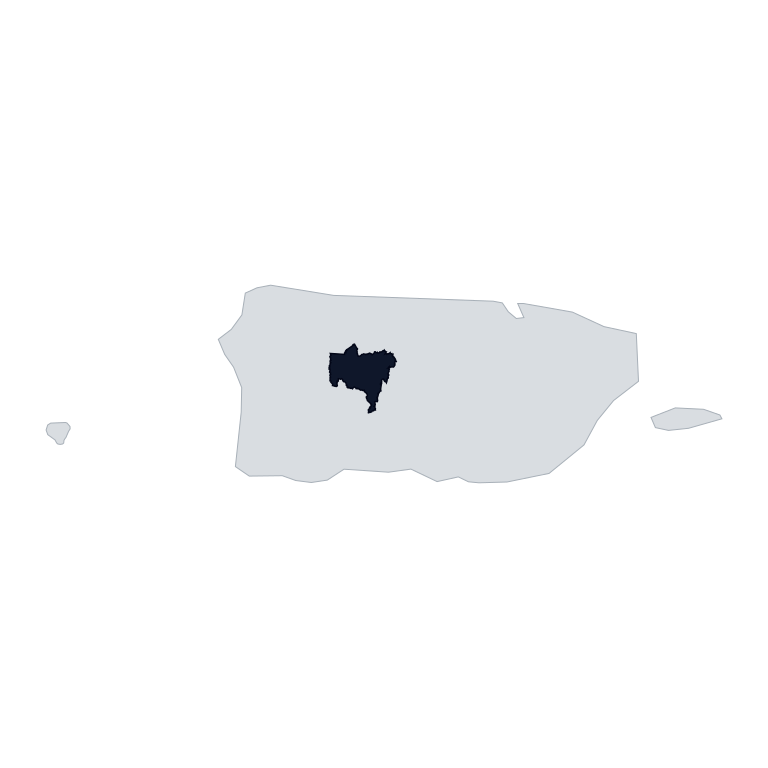 location of Utuado, Puerto Rico
{"feature_id": "32010507B18801000784875", "entity_name": "Utuado", "entity_type": "district", "adm_level": 2, "iso_a3": "PRI", "parent_name": "Puerto Rico", "parent_adm1": "", "projection": "equal_earth", "projection_center": [-66.695, 18.25], "detail": "fine", "context": "in_parent", "style": "filled", "palette": "ink", "viewbox_px": 768, "rotation_deg": 0, "n_neighbors": 0, "source": "geoboundaries", "source_scale": "gbopen_adm2", "svg_char_len": 5889}
<svg xmlns="http://www.w3.org/2000/svg" viewBox="0 0 768 768"><path d="M508.3,311.8L516.3,318.5L523.9,317.6L517.7,303.5L523.4,303.5L572.4,312.1L603.9,326.6L636.3,333.6L638.5,381.3L613.6,400.5L597.3,420.4L584.0,444.9L549.1,473.4L507.0,482.0L479.0,482.8L468.5,481.8L458.3,476.9L437.1,481.6L410.9,469.1L388.5,472.2L344.0,469.2L327.3,480.1L311.3,482.5L295.7,480.5L282.3,475.7L249.3,476.1L235.4,466.6L241.2,412.2L241.7,387.6L233.6,367.2L224.7,354.4L218.3,339.3L231.3,329.4L241.9,314.9L245.3,293.1L257.0,287.8L270.6,285.2L333.7,295.4L493.2,301.2L502.3,302.9L508.3,311.8ZM688.5,428.3L668.5,430.4L655.4,427.6L651.0,417.4L675.3,407.9L703.6,409.3L719.9,415.0L721.9,418.8L688.5,428.3ZM62.6,444.0L60.2,444.4L57.8,444.0L56.7,443.0L55.0,439.9L47.8,434.7L46.1,430.0L47.7,425.0L50.7,423.1L65.5,422.5L67.0,423.0L70.0,426.5L70.1,428.9L68.6,431.3L66.0,437.3L64.9,438.8L64.0,440.3L63.7,443.0L62.6,444.0Z" fill="#d9dde1" stroke="#a8b0b8" stroke-width="1"/><path d="M386.3,351.9L385.6,351.7L385.1,351.3L384.9,350.8L384.3,350.7L384.2,350.2L383.8,350.6L383.2,350.6L382.6,351.0L381.9,351.8L380.7,352.0L379.9,351.9L379.8,352.3L379.2,352.8L378.8,352.8L378.1,353.1L377.3,352.3L377.1,352.6L376.4,352.7L375.7,352.4L375.3,351.8L374.7,351.8L374.4,352.2L374.2,353.1L373.7,353.7L373.4,354.0L372.3,354.4L372.1,354.7L371.7,354.0L371.0,353.8L370.3,353.5L369.8,353.1L368.9,353.4L367.9,354.1L367.2,353.9L366.9,354.4L366.3,354.3L365.6,354.6L365.4,354.6L365.0,354.1L364.7,354.2L363.6,353.9L362.9,354.4L361.8,354.5L361.3,355.0L360.8,355.7L360.3,355.8L359.8,356.2L359.6,356.2L358.5,356.3L358.1,356.1L358.0,355.5L357.6,354.8L357.4,353.6L357.1,353.4L357.0,352.9L357.2,352.1L357.0,351.2L356.7,350.6L356.8,350.1L357.3,349.5L357.5,348.9L357.3,348.6L356.5,347.8L354.7,344.5L354.5,344.9L353.7,345.2L353.3,344.5L352.8,345.0L352.4,345.8L352.0,346.3L351.3,346.6L350.7,347.1L349.1,348.1L348.6,348.7L348.1,348.8L347.9,348.9L347.5,349.6L346.9,349.9L346.7,349.8L346.6,350.5L345.9,350.5L345.6,351.3L345.7,352.1L345.3,351.8L345.0,352.6L344.6,352.9L344.5,354.4L340.8,354.2L338.5,354.0L338.3,354.0L330.4,353.5L330.6,353.9L330.6,354.6L331.0,355.2L329.9,356.5L330.0,356.7L330.1,357.4L330.7,357.9L330.5,358.4L330.6,359.7L330.9,360.4L330.2,360.7L330.1,361.4L330.3,362.1L330.2,363.1L330.6,363.0L330.5,363.3L330.3,363.6L330.2,364.3L330.2,364.6L329.9,365.2L329.6,365.3L329.3,365.9L329.3,366.5L329.0,366.6L329.6,366.7L329.3,367.3L329.6,367.4L329.3,368.1L329.1,368.2L329.2,368.7L329.2,369.2L330.0,369.1L330.1,369.7L329.9,369.8L330.0,370.9L329.7,371.5L329.6,372.2L330.5,372.9L330.3,373.7L330.6,374.3L330.3,374.4L329.9,375.2L330.3,376.3L330.3,377.1L330.4,377.5L330.1,377.6L330.1,378.5L330.2,379.0L330.1,379.5L330.0,380.7L330.4,380.7L330.8,381.0L330.8,381.4L331.0,381.9L330.9,382.2L331.8,383.2L332.5,383.7L332.6,384.0L332.5,385.5L333.2,385.5L333.6,385.8L334.1,386.0L334.5,385.8L334.9,386.2L335.2,386.1L336.1,386.5L336.8,386.3L337.3,385.6L337.0,384.2L336.9,383.7L337.1,383.1L336.9,382.9L337.1,382.1L336.8,382.1L336.9,381.3L337.2,380.9L337.8,380.9L338.0,381.3L338.3,381.0L338.2,380.1L338.4,379.8L338.4,378.7L339.8,378.8L340.4,379.2L340.8,379.2L341.4,378.6L341.6,378.6L342.7,379.7L342.6,380.0L343.1,381.1L343.5,381.4L343.7,381.7L344.7,381.6L345.3,382.4L346.0,382.9L346.1,384.0L346.4,384.5L346.7,384.7L346.8,385.1L346.5,385.3L347.0,385.7L347.1,386.3L347.0,387.0L347.5,387.3L348.1,387.2L348.2,387.9L348.8,387.7L349.4,387.7L350.2,388.3L350.8,388.3L351.5,388.2L352.0,388.5L352.5,388.8L353.3,387.6L354.3,387.0L354.9,387.2L355.7,387.8L356.2,388.7L356.7,388.6L357.4,388.3L357.8,388.8L358.4,388.6L358.5,388.8L359.1,389.0L359.7,389.6L360.0,389.6L360.5,390.1L362.2,390.0L362.5,390.4L363.5,390.6L364.1,390.1L364.4,390.4L364.6,391.8L365.5,392.3L365.9,392.7L367.3,394.5L367.4,395.1L367.3,395.7L367.0,396.4L366.3,396.9L366.4,397.9L367.1,399.3L367.2,399.9L367.5,400.7L368.0,400.9L368.6,401.8L369.4,402.1L369.7,402.7L370.1,402.9L370.8,404.1L371.0,404.0L371.5,404.3L371.5,405.3L370.9,405.9L370.8,406.8L370.3,407.1L370.0,407.0L369.7,407.3L370.1,407.7L370.1,408.3L369.4,408.7L368.4,409.6L368.4,410.6L368.6,411.1L368.7,411.7L368.5,411.9L368.4,412.7L368.8,412.8L369.7,412.0L370.1,412.1L370.3,412.3L371.7,411.8L372.0,411.2L372.7,410.7L373.6,410.8L374.1,410.1L374.5,409.9L375.1,410.1L375.4,410.0L375.2,409.4L375.4,408.6L375.1,408.3L374.9,407.5L374.9,406.4L374.1,406.3L374.4,405.9L374.9,405.0L375.2,404.9L375.2,404.2L374.9,403.0L374.7,401.9L375.9,401.5L377.3,401.6L377.6,400.7L377.6,399.9L377.3,399.5L377.4,398.3L376.9,397.7L377.1,397.2L377.7,396.9L377.9,395.8L377.9,395.6L378.3,394.8L377.9,393.5L378.1,393.3L378.7,393.3L379.4,392.1L380.0,391.3L380.3,390.9L380.8,391.0L380.9,390.4L380.5,388.8L380.9,388.0L380.8,387.3L381.2,385.6L380.5,384.5L380.4,384.0L380.5,383.9L380.7,383.5L381.3,384.4L381.6,383.7L381.7,379.8L382.4,379.2L383.1,378.9L383.4,379.1L383.7,379.7L384.0,379.6L384.3,380.8L384.7,380.9L384.8,381.5L385.3,381.6L386.1,382.1L386.4,382.7L386.9,381.1L387.1,380.0L386.9,379.7L387.3,379.1L387.5,378.2L388.2,378.1L388.3,377.4L388.0,376.9L388.3,375.7L388.8,375.1L388.7,374.7L388.2,374.4L387.8,373.8L387.7,373.7L388.3,373.2L388.4,372.3L388.6,371.8L389.0,371.6L389.0,370.7L388.9,370.3L389.3,369.5L389.1,368.8L388.6,368.7L388.8,368.0L389.1,367.9L389.1,367.5L388.4,367.7L388.7,367.4L388.7,367.0L389.0,366.9L389.2,367.3L389.4,366.8L389.6,367.3L389.9,367.1L390.1,367.4L390.6,367.0L391.3,367.0L392.2,367.0L392.6,366.9L393.1,366.8L393.5,367.0L394.2,366.2L394.6,365.4L394.6,364.5L394.9,364.6L394.9,363.3L394.6,362.9L394.9,361.8L394.9,361.4L395.9,361.5L396.6,362.0L396.0,361.0L395.7,360.9L395.4,360.1L395.5,359.8L395.1,359.4L395.0,358.5L394.3,358.1L394.3,357.7L394.0,357.5L393.7,356.8L392.9,356.8L392.4,355.9L392.8,355.5L392.9,354.5L392.4,354.8L391.9,353.7L391.6,353.9L390.4,353.4L390.2,352.8L390.0,353.1L389.6,353.1L389.4,353.5L388.6,353.6L388.0,354.0L387.4,353.8L386.9,354.2L386.8,353.9L386.3,353.8L386.0,353.4L385.2,353.8L386.3,351.9Z" fill="#0f172a" stroke="#020617" stroke-width="1.5"/></svg>